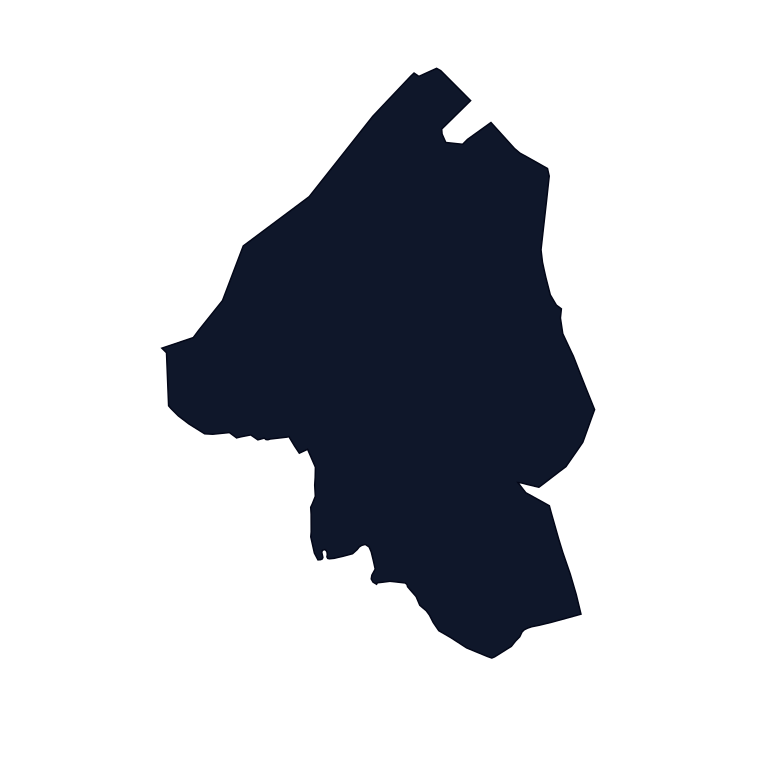 outline of Sennar, Sennar, Sudan, rotated 165°
{"feature_id": "16777658B61797456915649", "entity_name": "Sennar", "entity_type": "district", "adm_level": 2, "iso_a3": "SDN", "parent_name": "Sudan", "parent_adm1": "Sennar", "projection": "orthographic", "projection_center": [33.259, 13.557], "detail": "fine", "context": "isolated", "style": "filled", "palette": "ink", "viewbox_px": 768, "rotation_deg": 165, "n_neighbors": 0, "source": "geoboundaries", "source_scale": "gbopen_adm2", "svg_char_len": 2265}
<svg xmlns="http://www.w3.org/2000/svg" viewBox="0 0 768 768"><g transform="rotate(165 384 384)"><path d="M518.4,506.4L549.0,483.9L556.2,478.2L589.3,476.1L586.0,470.5L597.7,418.7L596.2,415.6L590.9,406.4L582.7,395.8L570.1,382.3L562.4,379.8L545.9,377.1L540.5,370.3L540.4,370.1L535.8,370.0L525.9,369.3L520.3,362.7L513.6,362.7L512.4,360.9L510.5,360.2L508.2,360.3L491.4,357.8L489.5,357.8L486.5,347.4L483.7,339.1L474.7,340.7L471.8,321.4L474.7,311.4L477.1,304.3L479.4,293.3L484.4,286.6L486.7,283.9L488.1,277.1L492.6,260.0L494.3,255.3L495.0,238.7L493.3,231.2L490.7,230.7L488.9,231.0L487.9,232.3L487.8,234.9L487.7,237.4L486.6,239.3L483.9,239.4L482.9,237.9L482.6,236.0L483.0,233.7L483.9,231.8L483.5,230.1L482.0,229.3L477.2,228.5L473.2,228.4L468.3,228.2L458.3,228.2L452.8,231.0L450.1,233.0L447.3,233.9L443.6,233.9L440.6,230.5L439.8,225.2L440.0,216.4L440.4,207.5L445.2,202.5L446.8,199.0L445.9,195.5L443.0,192.5L441.9,193.7L437.4,193.0L429.4,191.9L426.7,190.9L424.1,189.9L415.0,186.3L413.7,184.4L413.7,182.1L412.1,178.7L408.0,170.3L406.7,161.0L404.1,157.2L401.9,154.1L399.9,149.0L398.2,140.9L394.9,131.5L385.1,121.7L375.1,110.6L372.5,107.7L354.6,94.0L350.8,91.4L347.8,91.8L340.3,94.1L332.9,96.4L328.9,97.6L323.5,101.6L318.3,104.7L314.9,108.7L312.1,110.3L308.5,111.0L304.2,111.3L296.5,110.8L283.3,110.5L253.3,110.7L252.8,131.0L253.3,152.2L254.9,175.0L255.4,189.2L255.8,216.6L255.8,223.6L275.2,242.3L280.2,254.2L277.2,253.0L276.4,252.6L273.9,251.2L272.2,250.2L265.5,246.6L265.3,246.4L263.7,245.6L261.1,244.2L257.6,245.6L256.1,246.2L255.6,246.4L249.1,249.1L238.3,253.6L233.6,255.5L229.6,257.1L227.4,259.0L226.8,259.5L224.2,261.7L221.6,263.9L215.3,269.2L211.9,272.1L207.1,276.2L204.7,279.6L202.7,282.5L199.3,287.4L193.0,296.5L188.1,303.5L187.2,304.7L190.0,327.5L191.7,342.2L193.6,359.4L193.9,362.0L194.8,366.7L198.3,386.3L196.5,402.1L193.2,410.7L197.1,415.6L200.3,427.1L200.1,445.0L199.8,452.4L199.4,460.6L197.6,473.0L190.9,490.1L179.7,518.6L170.6,542.1L170.5,545.3L170.3,549.8L185.7,564.9L193.0,571.9L197.0,577.7L213.0,608.9L240.0,598.7L246.0,595.2L261.8,601.3L263.2,610.4L262.3,615.3L227.0,635.3L248.1,672.0L251.5,675.3L270.7,672.1L274.5,676.6L278.4,674.5L307.9,656.4L325.6,645.5L407.8,584.3L484.2,553.8L518.4,506.4Z" fill="#0f172a" stroke="#020617" stroke-width="1.5"/></g></svg>